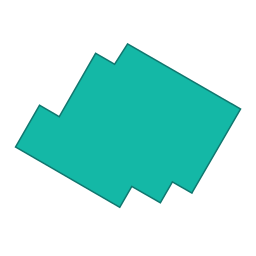 outline of Pushmataha, Oklahoma, United States of America, rotated 210°
{"feature_id": "52423323B78550164049948", "entity_name": "Pushmataha", "entity_type": "district", "adm_level": 2, "iso_a3": "USA", "parent_name": "United States of America", "parent_adm1": "Oklahoma", "projection": "equal_earth", "projection_center": [-95.422, 34.419], "detail": "fine", "context": "isolated", "style": "filled", "palette": "teal", "viewbox_px": 256, "rotation_deg": 210, "n_neighbors": 0, "source": "geoboundaries", "source_scale": "gbopen_adm2", "svg_char_len": 359}
<svg xmlns="http://www.w3.org/2000/svg" viewBox="0 0 256 256"><g transform="rotate(210 128 128)"><path d="M62.6,79.4L62.6,103.5L40.1,103.6L40.2,105.4L40.0,200.7L50.3,200.8L50.3,200.7L170.4,200.6L171.5,176.5L193.4,176.5L193.2,103.4L216.0,103.5L215.9,55.3L190.5,55.3L95.5,55.2L95.5,79.3L62.6,79.4Z" fill="#14b8a6" stroke="#0f766e" stroke-width="1.5"/></g></svg>